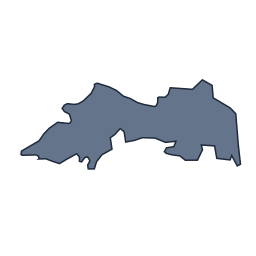 Chartak, Namangan, Uzbekistan, rotated 265°
{"feature_id": "79887680B43665894395177", "entity_name": "Chartak", "entity_type": "district", "adm_level": 2, "iso_a3": "UZB", "parent_name": "Uzbekistan", "parent_adm1": "Namangan", "projection": "albers", "projection_center": [71.805, 41.256], "detail": "fine", "context": "isolated", "style": "filled", "palette": "slate", "viewbox_px": 256, "rotation_deg": 265, "n_neighbors": 0, "source": "geoboundaries", "source_scale": "gbopen_adm2", "svg_char_len": 1213}
<svg xmlns="http://www.w3.org/2000/svg" viewBox="0 0 256 256"><g transform="rotate(265 128 128)"><path d="M82.1,236.9L101.7,236.4L132.8,236.6L139.2,231.4L150.6,215.5L163.1,215.5L169.5,206.3L160.9,195.6L164.4,173.6L158.1,171.1L155.4,167.7L156.1,161.7L155.6,160.3L150.9,159.8L147.8,158.1L147.1,156.4L149.9,146.2L152.5,139.7L157.1,132.9L160.1,126.2L166.6,119.5L170.6,112.7L175.3,101.4L174.8,99.3L174.3,98.3L172.1,98.3L165.9,94.5L158.8,85.8L156.4,80.4L156.2,76.5L157.5,69.6L156.3,66.5L153.2,64.1L149.8,66.2L146.9,70.8L140.2,72.3L138.2,70.8L137.7,69.2L139.8,58.4L134.6,49.5L129.6,43.8L123.0,38.3L114.3,19.9L111.2,19.1L110.1,20.0L109.2,34.2L107.7,36.3L105.2,36.9L104.9,36.4L104.5,43.4L101.2,50.3L98.5,56.7L102.2,64.2L106.8,74.6L103.3,77.1L99.0,76.7L98.3,78.8L102.4,82.5L102.7,85.3L98.7,87.2L94.6,84.6L90.7,84.8L90.2,90.9L97.1,93.7L103.7,99.8L108.3,110.2L119.8,109.5L122.6,114.2L128.1,120.2L124.6,123.8L114.2,124.5L115.1,133.5L117.1,141.4L115.6,154.0L110.4,164.1L110.6,174.6L105.4,172.0L104.9,164.7L101.3,162.2L99.5,163.7L97.4,169.6L95.7,177.2L90.9,182.3L89.9,194.4L99.8,200.3L104.7,199.6L102.6,212.7L90.0,213.8L87.3,226.9L91.5,228.9L80.7,233.5L82.1,236.9Z" fill="#64748b" stroke="#1e293b" stroke-width="1.5"/></g></svg>